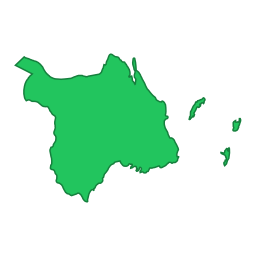 outline of Ilha De Moçambique, Nampula, Mozambique
{"feature_id": "85939544B37446089230364", "entity_name": "Ilha De Moçambique", "entity_type": "district", "adm_level": 2, "iso_a3": "MOZ", "parent_name": "Mozambique", "parent_adm1": "Nampula", "projection": "equal_earth", "projection_center": [40.649, -15.056], "detail": "fine", "context": "isolated", "style": "filled", "palette": "green", "viewbox_px": 256, "rotation_deg": 0, "n_neighbors": 0, "source": "geoboundaries", "source_scale": "gbopen_adm2", "svg_char_len": 5820}
<svg xmlns="http://www.w3.org/2000/svg" viewBox="0 0 256 256"><path d="M85.1,201.2L86.4,201.7L87.2,201.8L87.7,201.3L87.5,199.9L88.9,194.1L89.3,193.1L90.5,191.0L91.2,190.2L92.1,189.7L93.0,189.7L93.6,190.3L94.0,190.0L93.8,188.7L94.9,188.0L95.9,185.7L96.7,184.8L98.2,183.7L98.4,183.4L99.1,183.2L100.5,183.2L101.6,182.5L102.6,181.2L102.8,180.2L102.5,178.5L102.6,178.1L103.5,177.4L104.0,175.3L104.4,174.2L106.4,171.8L107.8,169.8L108.7,167.8L110.4,165.5L111.6,164.5L113.8,163.6L114.4,162.5L115.3,162.0L120.0,161.0L120.3,161.3L120.4,162.1L120.7,162.7L122.6,165.1L123.5,165.9L125.0,166.2L126.3,166.2L127.5,165.8L128.5,165.0L128.9,164.1L129.3,163.8L129.8,163.8L130.4,164.3L131.8,164.2L132.2,164.5L132.3,164.8L132.3,165.4L131.2,166.5L130.8,167.2L130.7,168.2L132.6,167.6L133.2,167.0L134.2,166.5L135.0,166.3L136.0,166.5L136.4,167.2L136.4,167.7L136.6,168.3L137.2,168.6L137.2,169.2L136.5,169.7L136.1,170.4L136.6,171.2L137.2,171.2L138.4,170.5L139.0,169.8L139.3,168.5L139.8,167.4L140.2,167.3L141.2,168.0L141.5,169.0L141.1,169.6L140.8,170.5L140.0,171.7L140.2,172.6L141.7,172.0L142.5,171.9L143.4,172.3L144.0,172.9L145.9,172.8L146.9,171.6L148.1,171.4L149.7,168.2L150.1,168.0L151.9,168.1L153.6,167.6L154.6,167.5L159.1,165.9L159.6,166.2L159.8,166.9L160.2,167.5L161.0,167.7L161.9,167.5L165.7,165.5L167.3,163.8L168.2,163.2L168.4,162.7L169.2,162.3L171.1,162.5L171.8,163.2L172.5,163.1L173.2,162.5L175.1,162.5L176.1,161.9L176.9,161.2L177.5,160.3L177.7,158.9L178.7,156.9L178.5,156.7L177.2,156.7L176.9,155.7L176.8,154.2L177.1,152.9L177.8,150.8L178.4,149.8L178.1,148.2L176.4,144.5L175.1,142.3L174.2,140.1L172.9,138.7L171.9,138.1L171.1,137.9L170.2,138.1L169.7,137.7L168.1,134.4L167.6,132.3L165.2,128.0L164.4,125.1L164.2,123.5L164.3,121.0L165.4,119.4L166.6,118.7L167.4,118.5L167.8,117.9L168.0,117.1L167.6,116.3L166.2,116.1L165.6,115.7L165.4,114.8L165.7,113.6L165.9,111.6L165.8,107.8L165.5,104.8L164.3,102.5L163.5,101.7L162.6,101.1L161.9,101.2L161.5,101.9L160.2,101.8L159.3,101.6L156.7,100.1L156.2,99.6L155.6,98.1L155.1,97.3L153.0,95.6L151.4,93.9L149.6,91.7L148.8,90.6L147.2,88.9L145.6,85.8L144.6,83.3L142.1,78.8L141.6,77.5L140.8,76.2L140.4,75.0L138.8,72.4L137.7,71.4L136.2,70.3L136.1,69.8L135.9,66.1L135.5,62.3L134.7,58.4L134.2,58.1L133.6,58.2L133.3,58.5L133.1,59.2L132.7,62.8L132.9,64.7L133.8,67.7L134.1,69.5L135.1,71.3L135.1,72.2L134.3,75.1L134.4,77.2L135.6,78.7L135.8,79.7L135.6,81.8L135.3,83.1L135.4,83.9L135.0,84.3L133.7,82.0L132.7,81.1L132.4,80.4L132.2,78.3L131.7,76.1L131.1,76.1L130.5,76.7L129.5,77.1L128.9,76.8L128.9,76.3L129.7,75.3L130.0,74.5L130.0,73.6L129.9,72.0L129.3,69.7L127.7,66.8L127.0,66.0L126.2,64.3L125.5,63.8L124.7,62.3L124.1,62.0L122.5,62.0L121.3,60.9L121.2,60.4L120.8,60.1L120.0,59.8L119.7,59.4L119.3,58.5L118.6,57.6L117.9,57.1L115.0,56.6L111.8,54.4L110.7,54.2L110.0,54.5L109.4,55.1L108.8,56.2L107.8,59.1L106.5,61.7L106.0,64.3L105.3,65.0L104.0,64.6L103.1,68.3L102.6,68.9L101.4,72.3L99.7,73.9L99.1,74.2L88.3,76.2L87.3,76.7L85.6,76.7L85.2,76.4L83.4,76.1L82.2,75.5L78.5,75.5L76.2,76.2L75.5,76.6L74.3,76.9L71.2,78.3L66.1,78.9L61.1,79.3L55.2,78.9L54.8,78.7L54.2,78.7L51.4,77.5L49.7,76.5L49.3,75.9L48.2,75.1L47.6,74.3L47.0,74.0L46.2,73.0L45.6,72.4L43.8,69.5L42.6,67.0L40.3,64.3L38.1,62.5L35.8,61.3L34.5,61.1L33.3,60.5L32.7,60.5L31.6,59.9L31.1,59.9L28.4,58.6L27.8,58.6L26.7,58.1L25.5,57.9L24.2,56.9L15.4,65.3L32.3,73.9L29.5,76.5L29.2,77.2L28.5,77.7L28.3,78.5L27.2,79.7L26.2,81.3L25.2,83.6L24.5,86.2L23.9,90.1L23.9,93.9L24.6,97.8L25.3,99.3L26.3,100.7L28.2,99.9L29.4,99.9L32.0,101.3L35.1,101.4L36.5,101.7L37.9,102.2L42.0,105.7L43.3,106.4L45.8,106.7L47.2,106.5L48.1,107.1L49.3,109.1L49.9,110.8L50.8,111.8L52.4,114.3L54.9,116.0L55.4,116.9L55.6,117.8L54.8,121.9L54.8,123.8L55.2,125.6L55.1,126.2L55.3,127.3L55.2,128.2L54.9,129.4L54.0,131.9L53.9,133.1L54.3,134.4L54.8,135.1L55.3,135.5L55.7,136.4L56.0,137.6L55.9,139.2L55.6,141.0L53.4,144.5L53.3,145.4L53.0,146.3L52.5,146.9L51.0,147.3L50.0,149.9L50.0,151.0L50.5,153.6L51.1,156.8L51.5,158.0L51.8,160.9L51.7,163.9L50.8,165.3L50.4,168.1L50.6,168.8L51.8,169.5L53.4,169.8L54.3,170.6L54.8,171.7L55.3,173.5L56.6,175.0L56.9,176.0L56.8,178.6L56.2,180.5L56.4,181.7L57.3,182.7L59.6,183.3L61.6,184.8L62.7,186.6L63.1,187.8L64.2,189.9L65.7,192.5L66.4,192.8L67.1,193.6L68.5,193.9L69.6,194.3L70.4,195.1L71.6,195.6L76.6,193.9L77.6,193.2L79.0,193.2L80.9,194.8L82.4,197.3L83.0,198.8L84.1,200.3L85.1,201.2ZM204.0,102.9L204.2,101.2L205.0,99.9L204.8,99.0L203.8,97.9L203.3,97.9L201.9,99.3L201.3,99.6L200.3,99.7L199.6,100.3L197.6,100.8L197.0,102.0L196.7,102.2L196.2,101.9L195.7,102.1L195.1,103.9L193.2,106.3L191.3,110.5L190.6,111.6L190.5,112.6L190.4,115.8L189.7,116.9L189.9,117.0L189.4,118.5L189.1,119.2L189.4,119.5L190.2,119.3L190.5,118.6L192.0,117.3L192.6,116.5L192.9,116.2L193.1,116.7L193.5,116.8L194.0,116.1L194.5,114.5L194.1,113.9L193.9,113.1L195.6,110.3L196.9,107.2L197.8,106.9L198.4,107.4L199.1,107.3L199.7,106.5L200.4,106.0L200.6,104.8L199.8,104.8L199.8,104.2L201.0,103.7L201.5,103.0L202.1,102.8L202.7,103.0L203.0,102.8L203.5,103.5L204.0,102.9ZM229.5,152.9L229.4,148.7L229.0,147.9L228.5,148.3L228.7,150.4L228.6,151.1L228.2,151.1L227.8,150.7L227.6,149.3L227.4,148.8L226.8,148.5L226.3,148.9L225.9,149.6L224.8,150.9L224.7,152.0L224.1,153.0L223.6,153.1L221.0,152.4L220.9,152.8L221.4,153.5L224.9,155.1L225.5,156.1L225.7,157.1L226.2,157.4L226.3,159.6L225.7,160.1L225.1,160.3L225.1,161.5L224.0,162.4L223.9,163.6L224.2,164.8L224.7,165.7L226.5,163.8L227.4,160.6L228.8,158.3L229.5,152.9ZM239.6,123.9L240.6,120.9L240.6,119.7L240.2,118.6L239.4,118.6L239.3,120.4L239.1,121.1L238.6,122.1L238.2,122.2L237.6,121.9L236.6,122.2L235.7,122.1L235.5,121.4L235.6,120.5L235.2,120.6L234.7,121.3L233.9,121.6L233.2,122.7L233.3,126.5L233.8,127.6L233.0,129.6L233.0,130.3L233.4,130.8L235.2,131.0L236.8,130.4L237.3,129.9L237.7,129.4L238.7,127.1L238.5,126.4L239.4,124.8L239.6,123.9Z" fill="#22c55e" stroke="#15803d" stroke-width="1.5"/></svg>